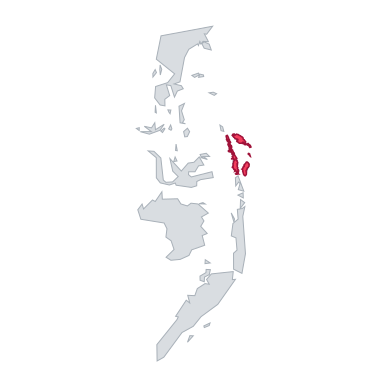 Indonesia, with Nusa Tenggara Timur highlighted, rotated 259°
{"feature_id": "IDN-1235", "entity_name": "Nusa Tenggara Timur", "entity_type": "Province", "adm_level": 1, "iso_a3": "IDN", "parent_name": "Indonesia", "parent_adm1": "", "projection": "natural_earth1", "projection_center": [122.339, -9.496], "detail": "fine", "context": "in_parent", "style": "filled", "palette": "rose", "viewbox_px": 384, "rotation_deg": 259, "n_neighbors": 0, "source": "natural_earth", "source_scale": "10m", "svg_char_len": 9603}
<svg xmlns="http://www.w3.org/2000/svg" viewBox="0 0 384 384"><g transform="rotate(259 192 192)"><path d="M132.9,154.1L139.0,163.4L148.1,162.2L152.7,157.8L160.7,160.4L166.9,158.7L175.0,136.6L184.9,135.4L189.7,140.7L184.6,141.2L191.7,151.7L189.7,154.1L198.0,162.5L190.6,161.5L188.1,176.6L182.4,178.8L179.2,184.8L181.2,188.9L179.1,195.6L168.2,204.0L165.7,196.5L161.3,198.2L156.6,194.0L148.4,199.0L147.3,193.7L137.3,194.3L135.3,180.7L130.3,176.9L128.1,167.5L129.0,158.3L132.9,154.1ZM32.8,125.5L48.9,128.4L69.5,152.8L72.0,154.7L73.1,152.2L86.9,165.7L83.5,168.6L91.4,168.1L89.7,175.0L96.2,178.8L99.6,187.3L98.2,191.3L103.4,189.6L107.9,195.4L106.0,217.3L98.3,214.9L98.0,218.0L76.8,195.9L67.9,177.1L59.9,167.6L56.0,155.4L35.2,132.8L32.8,125.5ZM351.2,191.4L350.8,243.9L344.1,236.5L344.9,234.3L336.4,236.8L337.8,231.6L335.5,228.9L336.3,228.4L337.6,228.7L338.4,228.4L334.5,226.3L336.3,225.7L332.7,216.1L325.4,210.3L302.4,201.2L301.5,195.0L298.4,201.8L295.0,203.1L293.9,196.9L288.5,192.9L300.5,191.5L302.1,187.3L290.9,188.5L288.2,183.0L281.7,181.9L283.5,177.3L291.5,173.3L302.5,176.4L304.0,189.0L311.3,197.5L329.2,182.3L351.2,191.4ZM239.2,162.4L231.3,167.9L209.2,166.1L206.5,168.2L205.6,174.9L209.8,181.4L216.1,177.1L229.0,176.7L214.6,185.5L221.1,193.8L220.8,199.6L225.1,205.8L216.2,208.8L216.4,203.4L211.3,198.8L212.5,192.6L209.7,191.9L206.9,194.2L208.1,215.5L202.1,215.6L202.5,202.9L201.4,198.7L197.2,197.8L196.6,192.3L201.7,177.7L204.0,177.3L203.2,171.1L207.0,162.6L212.7,159.7L232.5,163.5L240.7,156.8L239.2,162.4ZM108.3,218.1L124.0,221.1L126.4,225.1L138.6,226.4L141.4,222.2L153.3,226.2L156.6,232.1L166.3,233.2L166.2,238.2L167.6,241.1L158.3,237.2L121.2,232.7L102.6,225.5L108.3,218.1ZM259.0,163.6L265.6,157.7L262.7,164.5L267.1,168.7L260.1,168.0L263.8,177.6L258.7,172.3L256.9,161.2L261.1,152.7L259.0,163.6ZM262.2,193.5L278.7,195.6L280.4,201.5L273.7,197.2L264.4,198.2L261.8,195.8L260.2,198.6L262.2,193.5ZM224.5,239.8L212.4,242.4L203.8,240.5L209.4,236.8L221.3,240.0L225.4,235.7L224.5,239.8ZM189.6,236.1L197.7,237.3L199.1,240.3L182.9,243.0L185.5,237.9L191.1,240.8L192.9,239.7L189.6,236.1ZM239.3,242.5L239.6,248.3L230.5,253.5L230.9,247.9L239.3,242.5ZM107.9,183.8L110.2,190.3L113.3,191.1L112.3,195.2L107.6,193.2L106.1,188.0L101.6,186.9L103.8,183.1L107.9,183.8ZM333.9,237.1L327.7,238.0L330.8,231.4L335.6,230.0L337.1,232.4L333.9,237.1ZM205.3,246.0L209.0,248.8L210.8,251.9L207.0,253.0L198.0,247.1L205.3,246.0ZM252.9,195.3L255.5,199.7L251.7,201.2L247.3,198.0L247.5,195.4L252.9,195.3ZM166.7,236.2L175.3,238.2L171.5,241.7L166.7,236.2ZM180.2,236.5L181.5,242.0L176.4,241.2L180.2,236.5ZM123.0,192.1L118.9,196.3L119.2,191.1L123.0,192.1ZM306.5,214.1L307.5,221.1L305.6,221.5L304.0,216.4L306.5,214.1ZM164.0,226.5L157.4,228.6L154.6,227.4L164.0,226.5ZM227.3,207.1L227.3,213.4L223.5,216.0L225.0,207.6L227.3,207.1ZM45.4,158.9L51.4,162.5L50.6,165.8L45.4,158.9ZM60.0,184.7L57.6,183.4L56.6,178.2L58.3,178.1L60.0,184.7ZM283.8,234.9L282.6,232.3L286.1,227.7L285.9,231.9L283.8,234.9ZM277.3,171.0L284.1,172.7L276.4,172.1L277.3,171.0ZM235.9,183.8L242.1,185.5L235.3,185.4L235.9,183.8ZM224.3,210.2L221.0,213.3L223.9,207.6L224.3,210.2ZM312.3,175.6L315.8,176.2L319.2,179.2L316.0,179.9L312.3,175.6ZM252.4,232.2L250.1,234.5L245.4,234.8L246.7,232.2L252.4,232.2ZM306.2,222.3L304.7,225.6L303.1,225.5L303.3,220.3L306.2,222.3ZM261.9,183.8L257.8,184.3L256.6,183.2L258.4,181.1L261.9,183.8ZM312.9,183.2L318.0,183.7L322.8,184.9L318.2,185.7L312.9,183.2ZM225.4,179.9L229.6,182.1L225.3,183.2L225.4,179.9ZM265.2,152.5L262.4,151.9L265.0,149.5L265.2,152.5ZM235.6,238.2L240.2,236.3L240.8,237.5L235.6,238.2ZM277.2,184.0L276.5,186.9L273.0,185.4L274.7,184.6L277.2,184.0ZM179.5,200.7L177.7,202.7L179.1,196.6L179.5,200.7ZM257.8,173.0L260.0,176.9L259.2,177.5L256.0,174.4L257.8,173.0Z" fill="#d9dde1" stroke="#a8b0b8" stroke-width="1"/><path d="M226.2,237.2L226.1,237.6L225.3,237.8L225.3,238.6L225.0,238.6L224.7,238.3L224.6,238.7L225.0,239.3L225.0,239.6L224.7,239.8L223.0,240.3L222.6,240.6L222.2,240.8L220.8,240.9L220.2,240.8L219.9,240.8L219.1,241.4L218.2,241.6L217.5,242.1L217.2,242.0L216.9,241.8L216.6,242.2L216.4,241.6L216.2,241.5L214.9,241.3L214.7,241.5L214.7,242.0L214.5,242.3L213.6,242.1L213.3,242.1L212.6,242.5L212.1,242.5L211.5,242.3L211.0,241.5L210.7,241.5L210.4,241.9L209.9,241.7L209.6,241.7L209.2,241.3L207.8,241.3L207.4,241.6L207.1,241.6L206.9,241.5L206.3,241.1L205.0,241.5L204.7,241.6L204.8,241.8L204.5,241.9L204.4,241.4L204.1,241.3L203.8,240.9L203.8,239.5L204.3,238.9L204.2,238.2L204.6,238.6L205.0,238.4L205.1,238.5L205.3,238.0L205.7,238.0L205.8,238.1L206.0,237.7L206.2,237.9L206.6,237.3L207.1,237.1L207.8,237.1L208.1,236.7L208.3,237.1L208.5,237.1L208.8,237.0L209.3,237.2L209.3,236.8L210.3,237.6L210.8,237.5L211.5,237.7L211.9,237.6L212.5,238.2L214.1,238.7L214.8,239.5L215.0,239.6L215.4,239.5L215.6,239.7L216.1,239.5L216.1,239.2L216.3,239.3L216.3,238.9L216.5,238.7L216.8,239.0L217.5,238.8L217.9,238.7L218.3,238.9L218.7,238.5L219.2,238.3L219.3,238.5L219.2,238.8L219.3,239.0L219.6,239.0L220.0,239.3L220.7,239.9L221.1,240.0L222.4,239.7L222.6,239.3L222.6,239.2L222.4,239.0L222.4,238.8L222.9,238.5L223.2,238.1L224.3,237.8L224.8,237.4L225.2,237.2L225.6,236.6L225.6,236.4L225.1,236.4L224.5,236.7L224.3,236.8L224.2,236.7L224.5,235.9L225.1,235.5L225.9,236.1L225.9,236.5L226.2,237.2ZM234.7,247.0L235.1,246.9L235.2,246.7L235.4,246.0L235.9,245.3L236.1,244.4L237.1,244.2L237.6,243.9L237.7,243.5L238.2,243.3L238.4,243.1L239.0,242.9L239.3,242.7L239.2,243.3L239.4,243.6L239.6,243.6L240.2,243.2L240.5,242.8L241.0,243.3L240.9,244.5L240.6,244.5L240.4,244.7L239.9,244.5L239.7,244.5L239.6,245.3L240.0,245.7L240.3,246.9L239.9,247.3L239.7,248.2L238.8,249.0L238.2,249.8L238.0,250.2L236.8,251.2L236.4,251.9L235.8,252.3L235.6,252.4L233.8,252.4L233.2,253.3L232.5,253.4L231.5,254.1L231.4,253.9L231.0,254.0L230.6,253.8L230.3,254.0L230.0,253.8L229.7,253.7L229.3,254.0L229.4,253.5L229.4,253.0L229.6,252.7L229.8,252.5L231.2,251.8L231.3,251.6L231.2,251.4L230.7,251.2L230.4,251.3L230.2,251.5L230.0,251.3L230.0,250.6L230.6,250.0L230.6,249.6L230.5,249.3L230.6,248.9L230.7,248.2L230.8,247.9L231.2,247.5L231.5,247.1L232.0,246.9L232.8,245.9L233.0,245.7L233.6,246.4L233.8,246.4L234.1,246.0L234.4,246.0L234.7,246.5L234.7,247.0ZM210.7,250.7L211.0,251.1L211.0,251.4L210.9,251.8L210.2,252.6L209.6,252.9L209.0,252.9L208.6,253.2L208.5,253.5L208.3,253.5L207.9,253.2L206.8,253.0L206.3,252.8L206.1,252.5L205.8,252.3L205.6,252.0L205.4,251.9L205.3,251.4L205.0,250.9L204.6,250.8L204.6,250.6L204.2,250.4L203.8,250.3L203.1,249.8L203.0,249.5L202.7,249.3L202.7,249.2L201.4,249.0L201.2,249.1L201.1,249.3L200.7,249.1L199.5,248.9L198.9,248.7L198.5,248.4L197.8,247.4L198.0,247.0L198.4,246.5L199.4,246.1L200.1,245.9L200.9,246.0L201.4,245.8L201.9,246.0L202.6,245.7L202.8,245.8L203.0,245.9L203.8,246.1L204.9,245.3L205.0,245.6L205.8,246.7L206.2,246.8L206.5,246.7L206.8,246.9L206.9,247.1L206.9,247.9L207.1,248.1L207.6,248.4L207.9,248.1L208.5,248.1L208.7,248.6L209.2,248.9L209.8,250.1L210.7,250.7ZM240.8,236.6L240.8,237.5L238.3,238.2L237.5,238.1L236.7,238.5L236.4,238.4L235.9,238.7L235.7,238.5L235.4,238.6L235.3,238.2L235.6,237.8L235.8,237.4L236.2,237.1L236.5,237.0L236.8,236.8L236.7,236.7L235.9,237.0L235.7,237.0L235.7,236.7L236.3,236.0L236.9,235.9L237.1,236.6L237.7,236.2L239.2,236.2L239.6,236.1L239.9,236.2L240.5,236.2L240.8,236.6ZM232.5,236.7L232.5,236.9L232.5,237.1L231.5,237.3L230.8,238.4L230.6,238.2L230.0,238.7L230.2,239.2L230.1,239.5L229.8,239.5L229.5,239.1L229.2,239.5L228.8,239.6L228.3,239.2L228.0,239.4L227.8,239.3L227.7,239.3L227.6,239.1L228.5,238.2L229.4,237.7L228.6,237.4L228.6,237.2L228.9,237.0L229.2,237.1L229.6,236.8L229.9,236.9L229.6,237.7L229.8,237.9L230.1,237.9L230.2,237.7L230.0,237.4L230.4,237.4L230.3,236.9L230.5,236.7L230.7,236.9L230.9,236.9L230.9,236.7L231.6,236.3L231.9,236.6L232.5,236.7ZM228.5,255.7L228.9,256.0L228.8,256.5L228.4,256.5L227.7,257.0L227.6,257.4L227.4,257.6L225.9,258.0L225.7,258.2L225.8,258.3L224.9,258.5L224.8,258.2L224.7,257.3L225.4,257.0L226.3,256.8L226.7,256.4L227.2,256.0L227.3,255.7L227.5,255.7L227.7,255.3L228.3,255.0L228.7,254.5L228.7,254.8L228.6,255.0L228.6,255.6L228.5,255.7ZM235.1,236.7L235.0,237.2L235.0,237.5L234.6,238.0L234.3,238.8L234.0,239.2L233.4,239.3L233.3,238.8L233.1,238.4L232.5,238.6L232.3,238.6L232.8,237.6L233.1,237.4L233.4,237.4L233.7,238.0L233.7,237.8L234.0,237.6L234.7,236.4L234.9,236.4L235.1,236.7ZM228.4,237.1L228.2,238.0L227.1,238.1L226.3,238.2L226.1,238.1L226.3,237.6L227.1,236.9L227.7,236.8L228.4,237.1ZM218.2,254.5L219.0,254.6L219.1,255.1L218.2,255.9L217.2,255.8L216.9,255.6L217.9,255.0L218.2,254.5ZM202.1,239.1L202.3,239.4L202.2,239.5L201.9,239.7L201.7,239.5L201.4,239.7L201.5,239.9L201.5,240.1L201.3,240.2L201.3,240.4L201.5,240.9L201.3,240.9L201.0,240.8L200.9,240.9L201.0,240.3L201.0,240.0L200.9,240.0L200.9,239.5L200.9,239.4L201.1,239.4L201.2,239.2L201.1,238.5L201.4,238.3L201.5,238.8L202.1,238.8L202.2,239.0L202.1,239.1ZM227.0,238.3L227.3,238.5L227.1,238.7L226.1,239.0L225.5,239.8L225.3,239.8L225.2,239.6L225.4,239.0L226.0,238.5L227.0,238.3ZM229.0,252.2L229.5,252.4L229.5,252.5L229.2,252.8L229.1,253.0L228.8,252.8L228.7,252.9L228.9,253.4L228.8,253.5L228.7,253.7L228.3,253.8L228.2,253.8L228.2,253.2L228.7,252.4L229.0,252.2ZM203.3,239.9L203.7,239.9L203.7,240.1L203.4,240.3L203.2,240.5L203.3,241.0L203.1,241.4L202.8,241.1L202.5,241.2L202.4,241.1L202.5,240.8L202.6,240.7L202.8,240.4L202.7,240.4L202.6,239.7L202.8,239.9L202.9,240.2L203.1,240.3L203.3,239.9ZM221.6,238.4L221.9,238.5L222.0,238.6L221.9,238.8L221.7,238.9L221.4,238.5L221.6,238.4ZM217.0,237.2L217.3,237.4L217.2,237.7L217.0,237.8L216.8,237.4L217.0,237.2ZM216.0,255.9L216.5,255.9L216.5,256.0L216.3,256.1L215.8,256.1L216.0,255.9Z" fill="#f43f5e" stroke="#9f1239" stroke-width="1.5"/></g></svg>